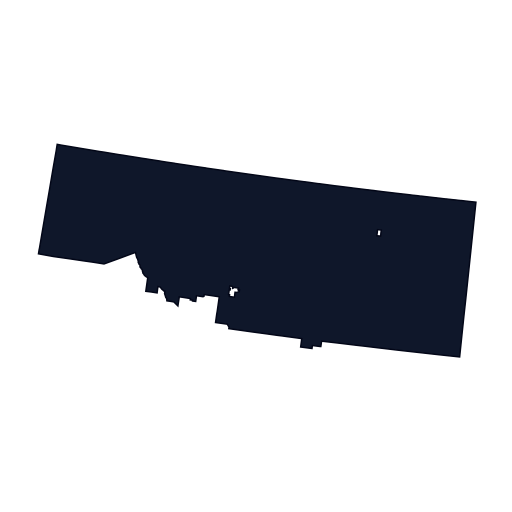 MacDonnell, Northern Territory, Australia (Albers equal-area conic projection), rotated 188°
{"feature_id": "25037944B32264354424251", "entity_name": "MacDonnell", "entity_type": "district", "adm_level": 2, "iso_a3": "AUS", "parent_name": "Australia", "parent_adm1": "Northern Territory", "projection": "albers", "projection_center": [133.822, -24.426], "detail": "fine", "context": "isolated", "style": "filled", "palette": "ink", "viewbox_px": 512, "rotation_deg": 188, "n_neighbors": 0, "source": "geoboundaries", "source_scale": "gbopen_adm2", "svg_char_len": 5479}
<svg xmlns="http://www.w3.org/2000/svg" viewBox="0 0 512 512"><g transform="rotate(188 256 256)"><path d="M471.7,227.9L456.6,227.3L441.2,227.3L425.9,227.2L416.5,227.2L405.4,227.0L391.8,234.2L378.3,241.5L375.8,242.8L375.7,242.4L375.6,242.1L375.5,241.7L375.4,241.5L375.3,241.4L375.0,240.6L374.9,240.2L374.7,239.8L374.4,239.1L374.3,238.7L374.1,238.3L373.8,237.8L373.6,237.5L373.4,237.2L373.1,237.0L373.0,236.9L372.9,236.7L372.8,236.4L372.7,236.3L372.7,236.1L372.5,235.7L372.4,235.6L372.3,235.4L372.1,235.0L372.0,234.8L372.0,234.6L371.9,234.4L371.8,234.1L371.7,234.0L371.7,233.8L371.7,233.4L371.7,233.1L371.4,232.8L371.2,232.7L370.9,232.1L370.8,231.8L370.7,231.6L370.2,231.3L370.0,231.1L369.8,230.9L369.5,230.5L369.5,230.2L369.4,229.9L369.4,229.4L369.4,229.1L369.3,228.9L369.0,228.7L368.9,228.6L368.6,228.4L368.4,228.3L368.1,227.8L368.0,227.6L367.9,227.4L367.5,227.2L367.3,227.1L367.1,226.9L366.8,226.6L366.6,226.4L366.6,226.2L366.5,225.9L366.5,225.6L366.3,225.2L366.2,225.1L366.2,224.9L365.9,224.5L365.9,224.4L365.8,224.2L365.8,223.9L365.7,223.6L365.6,223.3L365.2,223.0L365.0,222.8L364.8,222.6L364.6,222.4L364.4,222.1L364.1,221.7L363.9,221.5L363.7,221.3L363.2,221.0L363.0,220.8L362.7,220.7L362.2,220.4L361.9,220.2L361.6,220.1L361.2,219.9L360.8,219.8L360.5,219.7L360.4,219.7L360.2,219.6L360.2,205.7L354.9,205.8L354.2,205.8L348.8,205.7L348.9,212.1L347.0,212.0L346.6,211.9L345.8,211.2L345.0,210.4L344.7,210.1L344.4,209.9L344.1,209.7L343.7,209.5L343.4,209.3L342.5,208.6L342.3,208.5L341.3,208.5L341.3,206.1L341.2,205.8L341.0,205.5L340.8,205.1L340.7,204.8L340.3,204.1L340.1,203.7L340.0,203.3L339.8,202.9L339.6,202.6L339.5,202.3L338.5,201.4L338.5,201.1L338.3,200.6L338.2,200.2L338.1,199.7L338.0,199.2L334.8,199.2L331.0,199.1L326.4,195.7L326.3,204.7L326.3,204.9L322.8,204.9L317.4,204.8L316.9,204.8L315.6,204.8L315.0,204.8L315.0,204.0L315.0,203.4L312.6,203.4L312.6,202.6L309.4,202.6L309.4,206.7L309.4,208.4L302.8,208.3L301.9,208.9L301.9,209.2L301.9,209.8L301.9,210.6L297.6,210.6L296.1,210.6L286.7,210.5L286.7,195.9L286.8,193.0L286.8,192.3L286.8,184.5L275.0,184.5L272.8,181.8L272.8,180.3L269.9,180.3L267.9,180.3L261.9,180.3L257.5,180.3L248.8,180.3L234.4,180.4L231.5,180.4L224.0,180.4L218.8,180.5L217.9,180.5L214.5,180.5L199.2,180.6L199.1,172.1L187.7,172.2L187.7,175.2L179.8,175.3L179.2,175.4L179.2,180.8L163.9,181.2L159.3,181.3L143.9,181.6L136.8,181.8L121.5,182.1L117.5,182.2L103.4,182.5L89.2,182.9L61.2,183.7L40.3,184.4L41.1,206.3L41.8,226.2L42.3,242.7L45.7,339.9L45.8,339.9L46.5,339.9L51.8,339.7L55.6,339.6L60.1,339.5L60.9,339.4L61.6,339.4L63.9,339.3L65.4,339.3L65.7,339.3L70.4,339.1L71.3,339.1L73.5,339.0L73.9,339.0L74.0,339.0L74.7,339.0L75.1,339.0L76.3,338.9L79.7,338.8L80.4,338.8L80.9,338.8L84.3,338.7L84.6,338.7L85.0,338.7L85.4,338.7L85.5,338.7L87.6,338.6L100.2,338.3L100.7,338.3L101.2,338.2L102.1,338.2L102.8,338.2L103.3,338.2L103.5,338.2L103.8,338.2L104.3,338.2L107.0,338.1L107.4,338.1L109.1,338.0L109.4,338.0L109.7,338.0L109.8,338.0L111.8,338.0L112.1,338.0L116.2,337.9L126.8,337.6L127.5,337.6L140.4,337.3L141.1,337.3L141.9,337.3L168.8,336.8L169.1,336.8L169.8,336.8L170.6,336.8L171.3,336.8L183.4,336.6L184.2,336.6L187.9,336.5L188.7,336.5L202.3,336.4L203.8,336.4L204.1,336.3L204.8,336.3L205.3,336.3L206.1,336.3L210.1,336.3L233.2,336.1L234.0,336.1L237.0,336.1L237.8,336.1L247.6,336.0L248.3,336.0L257.0,336.0L257.5,336.0L259.6,336.0L260.0,336.0L262.5,336.0L262.9,336.0L263.0,336.0L264.1,336.0L265.2,336.0L267.5,336.0L268.1,336.0L269.1,336.0L270.9,336.0L272.2,336.0L273.9,336.0L275.2,336.0L275.5,336.0L285.2,336.0L285.3,336.0L287.5,336.0L288.3,336.0L288.7,336.0L289.8,336.0L290.4,336.0L290.9,336.0L291.8,336.0L298.4,336.0L299.5,336.0L299.9,336.1L300.5,336.1L301.5,336.1L302.5,336.1L303.0,336.1L304.0,336.1L305.0,336.1L306.6,336.1L309.0,336.1L310.9,336.1L312.5,336.1L313.2,336.1L313.7,336.1L315.5,336.1L316.7,336.1L317.1,336.1L317.8,336.2L319.4,336.2L320.1,336.2L323.9,336.2L324.6,336.2L325.4,336.2L326.9,336.2L327.9,336.2L329.1,336.2L335.3,336.3L349.4,336.4L349.7,336.5L351.1,336.5L351.7,336.5L352.1,336.5L354.6,336.5L355.2,336.5L355.7,336.5L357.0,336.5L357.3,336.5L363.1,336.6L364.8,336.7L365.3,336.7L374.6,336.8L378.4,336.9L382.2,336.9L386.2,337.0L397.7,337.2L398.0,337.2L401.8,337.3L405.8,337.3L417.5,337.6L421.4,337.7L421.5,337.7L425.3,337.7L429.2,337.8L433.2,337.9L441.0,338.1L445.3,338.2L448.8,338.3L452.7,338.4L456.6,338.5L464.5,338.7L468.4,338.9L468.5,334.3L468.5,332.8L469.1,315.3L469.3,308.5L469.7,294.1L470.2,278.2L470.9,254.6L471.1,247.8L471.2,244.0L471.5,233.3L471.6,232.6L471.7,227.9ZM271.7,215.6L271.7,215.3L271.7,214.0L271.6,213.8L271.6,212.9L271.6,212.2L273.2,212.2L274.2,212.2L274.3,212.2L274.7,212.2L274.8,212.2L275.1,212.2L276.2,212.2L276.8,212.2L276.8,214.0L277.8,214.0L277.8,215.1L277.8,217.1L277.8,217.7L277.8,217.9L277.8,218.1L277.8,218.3L277.8,218.8L276.9,218.8L276.9,219.1L276.9,219.3L276.9,219.8L276.9,220.1L277.6,220.1L277.8,220.1L277.8,220.7L277.8,222.3L277.8,222.7L276.7,222.7L275.9,222.7L275.3,222.7L275.1,222.7L274.8,221.8L274.7,221.4L274.6,220.7L274.4,220.8L273.4,221.7L273.3,221.8L272.3,221.8L271.3,221.8L270.5,221.8L269.0,221.8L269.1,221.4L269.1,220.7L269.1,220.2L268.3,220.4L268.3,220.0L268.3,219.7L267.6,219.9L267.6,218.4L268.4,218.0L268.6,217.9L268.8,217.8L270.2,217.2L270.5,217.2L271.7,217.2L271.7,216.4L271.7,215.7L271.7,215.6ZM135.5,299.1L135.5,297.6L135.5,296.0L135.4,294.5L135.4,293.0L136.9,293.0L138.5,292.9L139.2,292.9L139.2,296.7L139.3,297.6L139.3,299.0L137.5,299.1L135.5,299.1Z" fill="#0f172a" stroke="#020617" stroke-width="1.5"/></g></svg>